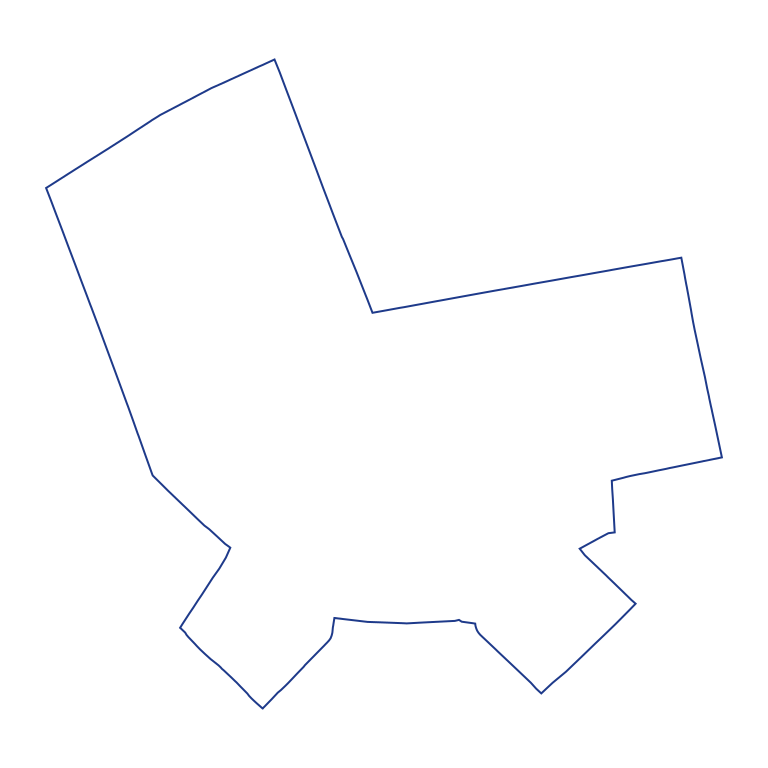 the district of Comuna 7, Ciudad de Buenos Aires, Argentina
{"feature_id": "61730980B96499416001790", "entity_name": "Comuna 7", "entity_type": "district", "adm_level": 2, "iso_a3": "ARG", "parent_name": "Argentina", "parent_adm1": "Ciudad de Buenos Aires", "projection": "mercator", "projection_center": [-58.45, -34.635], "detail": "fine", "context": "isolated", "style": "outline", "palette": "blue", "viewbox_px": 768, "rotation_deg": 0, "n_neighbors": 0, "source": "geoboundaries", "source_scale": "gbopen_adm2", "svg_char_len": 3870}
<svg xmlns="http://www.w3.org/2000/svg" viewBox="0 0 768 768"><path d="M46.1,188.0L51.0,200.6L55.9,213.6L56.7,215.7L62.5,230.9L68.1,245.9L75.2,264.6L81.1,280.4L86.6,294.9L90.3,304.8L91.5,307.8L92.2,309.7L99.9,330.2L107.5,350.8L114.9,370.8L121.4,388.5L127.0,403.8L128.0,406.4L133.2,420.9L137.7,433.7L138.6,436.0L143.1,448.7L143.6,450.1L144.4,452.4L152.0,473.7L152.7,475.5L168.2,490.9L182.4,504.5L184.2,506.2L198.0,519.5L200.1,521.5L204.4,525.6L207.1,527.6L209.2,529.2L216.4,535.8L225.1,543.9L228.2,546.1L229.7,547.2L230.3,547.7L225.9,557.6L219.3,568.6L212.8,577.7L201.9,594.6L197.7,600.8L196.6,602.5L195.5,604.2L193.5,607.3L189.3,613.5L182.8,623.5L180.1,627.8L180.4,628.1L180.9,628.5L185.2,632.6L186.6,635.0L187.4,635.9L188.3,637.0L195.0,644.0L196.9,646.1L200.1,649.4L205.2,654.2L210.5,659.0L218.6,665.4L220.8,667.5L221.9,668.8L223.7,670.3L232.0,678.1L235.6,681.6L236.2,682.1L236.5,682.4L240.3,686.4L242.4,688.5L247.4,693.6L249.1,695.9L249.3,696.1L251.4,698.3L253.8,700.6L256.4,703.0L262.5,708.4L262.7,708.5L263.1,708.1L263.3,707.7L264.0,707.1L271.7,699.2L277.0,693.5L277.6,692.8L281.0,690.0L285.3,685.9L288.3,682.9L292.3,678.7L297.3,673.4L303.6,666.9L305.0,665.1L323.1,646.7L324.0,645.8L325.7,644.0L325.8,643.9L326.2,643.5L326.8,642.9L329.1,640.4L329.8,639.4L330.6,638.3L330.8,637.7L331.6,635.7L332.2,633.4L332.4,632.4L332.8,628.1L332.9,627.2L333.2,625.7L333.6,623.0L334.4,618.0L344.5,619.2L350.5,619.9L356.5,620.6L367.5,621.9L373.0,622.1L379.2,622.3L402.9,623.2L406.7,623.4L421.1,622.6L454.9,620.9L459.0,619.9L461.7,621.7L472.7,623.2L475.2,623.6L475.5,625.9L475.9,627.3L476.0,627.8L476.2,628.2L476.6,629.4L477.2,630.7L477.8,631.7L478.4,632.6L479.1,633.5L479.8,634.3L480.3,634.9L481.4,635.9L481.8,636.3L482.3,636.8L483.5,637.9L496.2,649.9L497.4,651.1L511.5,664.4L522.9,675.2L530.9,682.8L536.2,688.7L540.3,692.5L541.3,693.4L546.5,688.5L552.6,682.8L566.0,671.7L578.0,660.2L585.8,652.7L595.2,643.6L603.7,635.5L615.5,624.1L615.7,623.9L628.7,610.8L635.6,603.7L634.7,602.9L633.6,601.9L631.4,600.0L630.8,599.4L630.5,599.1L616.5,585.5L615.7,584.7L608.4,577.7L605.6,574.9L604.0,573.4L594.1,564.0L584.9,555.3L583.7,553.8L579.7,548.7L596.9,539.3L597.6,538.9L608.4,533.2L614.7,532.4L613.9,517.9L613.4,508.8L612.9,499.5L612.2,489.1L611.8,480.7L614.6,480.0L623.3,477.8L626.5,476.9L628.6,476.4L629.4,476.2L629.8,476.1L631.2,475.8L639.4,474.1L641.9,473.7L643.0,473.5L644.3,473.3L646.9,472.8L650.3,472.1L658.8,470.3L661.4,469.8L665.9,468.9L669.8,468.0L673.0,467.4L681.2,465.7L688.6,464.2L702.3,461.4L703.5,461.1L704.2,461.0L721.9,457.4L718.6,441.8L715.1,425.2L712.1,411.5L711.7,409.5L710.8,405.6L709.1,397.6L709.1,397.2L707.2,388.6L704.9,376.9L700.9,359.1L700.4,356.8L697.5,343.1L696.6,338.9L694.6,329.6L693.8,325.5L693.2,322.5L692.6,319.2L691.6,313.6L691.0,309.9L690.5,307.2L688.1,294.0L687.6,291.4L686.8,287.0L686.3,284.6L685.0,277.6L684.5,274.5L681.3,257.7L677.3,258.4L671.9,259.4L663.8,260.8L661.3,261.2L645.5,264.0L629.3,266.8L611.9,269.9L609.3,270.4L593.4,273.2L581.7,275.3L570.7,277.2L551.7,280.6L534.0,283.7L522.4,285.8L494.6,290.7L480.1,293.3L460.8,296.8L441.1,300.4L436.6,301.2L423.0,303.7L414.2,305.3L411.5,305.8L403.9,307.2L400.1,307.8L385.9,310.4L372.5,312.8L367.3,299.3L365.9,295.8L360.1,281.1L358.8,277.8L356.4,271.7L349.3,254.4L343.1,239.1L342.1,237.3L341.9,237.0L335.2,219.6L332.7,213.1L329.3,204.1L322.9,187.3L316.5,170.1L309.7,152.0L302.2,132.1L301.3,129.8L295.5,114.2L290.1,99.9L286.3,89.9L279.7,72.3L274.5,59.5L266.0,63.4L262.8,64.9L259.3,66.4L244.4,73.2L229.9,79.8L227.8,80.8L216.2,86.0L213.2,87.3L212.1,87.8L211.2,88.2L210.3,88.7L198.7,94.8L197.0,95.7L184.9,102.1L183.5,102.8L168.6,110.6L160.2,115.0L158.2,116.3L154.5,118.6L151.4,120.5L151.1,120.8L147.9,122.9L138.4,129.1L125.8,137.4L123.1,139.1L110.3,147.3L108.5,148.5L106.7,149.6L91.1,159.4L87.1,161.9L74.8,169.7L71.7,171.7L68.2,173.9L59.3,179.6L46.1,188.0Z" fill="none" stroke="#1e3a8a" stroke-width="2"/></svg>